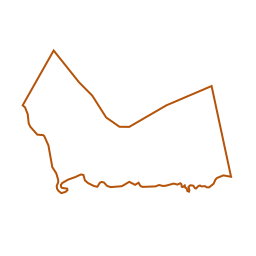 Djibouti, Arta, Djibouti, rotated 185°
{"feature_id": "41766387B83981523687012", "entity_name": "Djibouti", "entity_type": "district", "adm_level": 2, "iso_a3": "DJI", "parent_name": "Djibouti", "parent_adm1": "Arta", "projection": "equal_earth", "projection_center": [43.007, 11.493], "detail": "fine", "context": "isolated", "style": "outline", "palette": "amber", "viewbox_px": 256, "rotation_deg": 185, "n_neighbors": 0, "source": "geoboundaries", "source_scale": "gbopen_adm2", "svg_char_len": 1138}
<svg xmlns="http://www.w3.org/2000/svg" viewBox="0 0 256 256"><g transform="rotate(185 128 128)"><path d="M21.1,88.4L48.4,177.1L91.8,153.9L126.9,129.2L136.6,128.5L150.7,136.6L166.4,157.1L180.7,169.2L208.8,198.7L234.9,141.4L232.4,139.6L229.1,133.0L227.3,123.9L225.6,120.9L217.8,113.5L211.9,113.5L210.7,112.6L205.7,103.6L204.9,100.5L200.0,82.4L195.5,76.6L193.0,70.2L192.8,67.7L194.0,64.1L193.4,61.4L191.9,59.4L188.7,57.3L184.7,58.9L184.2,59.4L182.9,60.8L183.3,62.3L188.6,62.6L189.6,63.7L189.9,65.5L189.7,65.8L188.8,67.4L183.1,71.4L176.5,74.4L170.8,77.6L168.3,77.3L166.3,72.0L162.9,69.6L156.8,67.2L153.4,66.8L151.3,71.0L149.5,72.0L147.2,71.6L143.8,68.5L140.2,67.6L131.7,69.0L129.1,69.5L126.0,71.6L122.1,74.5L116.0,72.0L112.7,74.4L110.7,71.5L108.5,70.6L98.8,71.8L95.7,72.2L92.0,73.9L88.2,73.3L85.3,73.8L77.7,76.6L73.7,76.0L71.1,77.5L69.9,76.6L69.4,74.2L68.3,73.9L66.5,75.7L65.8,73.6L64.3,73.0L63.3,70.3L61.7,69.9L61.4,71.2L62.5,74.8L60.9,76.4L57.9,76.2L56.1,73.9L54.9,73.7L52.9,76.2L51.3,77.0L49.7,76.2L46.3,76.8L44.5,75.8L42.1,75.9L37.9,79.9L36.3,84.4L34.8,86.1L28.8,89.1L21.1,88.4Z" fill="none" stroke="#b45309" stroke-width="2"/></g></svg>